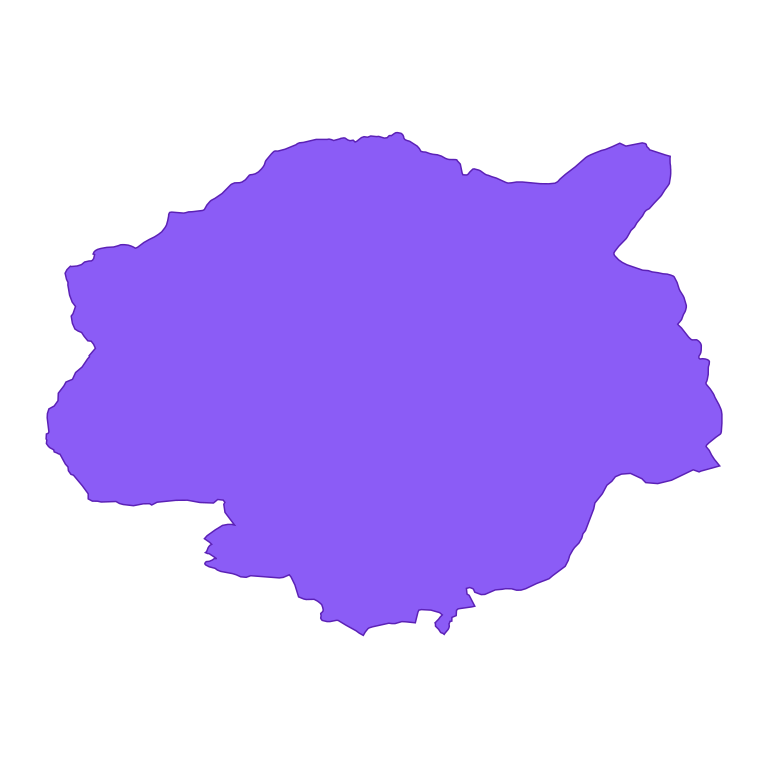 outline of Horea, Alba, Romania
{"feature_id": "2599482B7023814920704", "entity_name": "Horea", "entity_type": "district", "adm_level": 2, "iso_a3": "ROU", "parent_name": "Romania", "parent_adm1": "Alba", "projection": "equal_earth", "projection_center": [22.952, 46.518], "detail": "fine", "context": "isolated", "style": "filled", "palette": "violet", "viewbox_px": 768, "rotation_deg": 0, "n_neighbors": 0, "source": "geoboundaries", "source_scale": "gbopen_adm2", "svg_char_len": 6062}
<svg xmlns="http://www.w3.org/2000/svg" viewBox="0 0 768 768"><path d="M719.7,465.9L714.4,459.4L711.6,455.1L709.2,450.3L706.1,446.6L706.3,445.7L706.7,445.0L709.1,442.7L716.3,436.9L720.3,434.1L720.8,433.5L721.3,431.8L721.9,423.3L721.9,414.3L721.4,410.8L720.9,409.2L718.9,404.6L714.9,397.3L714.0,395.0L713.2,393.5L710.3,389.1L706.3,384.3L706.0,383.4L706.0,382.6L706.8,381.1L707.3,379.3L708.2,374.6L708.3,368.0L708.4,366.8L709.2,364.1L709.4,361.6L709.0,360.8L708.5,360.3L707.3,359.6L705.3,359.0L702.5,358.7L700.4,359.0L699.5,358.7L699.1,358.3L698.8,357.1L699.0,356.1L700.4,353.7L700.9,352.2L701.2,350.0L701.3,345.7L701.0,344.3L700.3,342.9L698.7,341.1L696.7,339.8L692.2,339.9L690.9,339.3L688.6,337.1L681.5,328.0L678.7,325.4L677.7,324.2L679.9,321.7L681.6,319.5L683.4,314.6L685.1,311.6L685.7,309.9L686.3,307.3L686.3,305.4L684.0,297.6L683.0,295.6L680.1,291.0L679.1,288.9L677.1,282.5L674.2,276.9L673.3,276.1L670.8,275.1L667.2,274.1L663.1,273.8L657.9,272.7L652.1,271.9L648.2,270.6L642.7,270.2L627.0,264.8L622.4,262.5L618.6,259.8L614.6,255.6L614.0,254.3L613.9,253.0L614.7,251.5L618.7,246.3L626.1,238.7L627.2,237.1L631.0,230.4L634.5,227.0L636.9,222.8L642.5,215.9L644.7,211.9L646.3,210.2L649.3,208.6L654.2,203.1L660.2,196.8L661.4,195.4L664.9,189.8L667.6,186.2L669.3,183.6L670.5,176.2L670.7,173.7L670.7,169.1L670.6,168.7L670.5,165.8L670.1,163.3L670.0,158.7L670.2,156.3L665.5,155.0L649.6,149.8L648.7,148.4L646.8,146.6L646.2,144.3L645.0,143.5L642.2,142.9L625.9,146.1L619.8,143.2L612.2,146.7L605.3,149.5L601.4,150.5L595.5,152.8L590.7,154.8L587.5,156.4L585.6,157.7L575.3,166.8L565.5,174.3L560.0,179.1L557.7,181.7L555.0,183.2L548.7,183.8L540.4,183.7L522.2,182.0L516.7,182.0L511.6,182.8L508.0,183.1L505.8,182.4L496.4,178.1L491.8,176.7L488.5,175.4L486.2,174.8L484.5,173.8L480.5,170.9L478.8,170.1L474.2,168.9L472.8,169.1L469.9,171.9L467.9,174.4L466.7,175.0L462.9,174.8L462.1,172.9L460.3,164.1L457.4,160.9L456.8,159.9L455.5,159.6L449.4,159.5L447.7,159.2L445.5,158.4L441.4,156.1L437.4,154.8L433.0,154.3L429.9,153.6L425.7,152.1L423.0,151.9L420.9,151.3L419.3,148.5L417.2,146.1L409.7,141.3L407.0,140.5L405.3,139.8L404.5,139.1L403.8,137.9L403.6,136.6L403.0,135.2L402.2,134.2L401.0,133.3L397.5,132.6L395.9,132.7L394.5,133.4L391.3,135.7L390.1,135.5L389.1,135.7L387.2,137.7L384.4,138.1L378.7,136.4L376.6,136.6L370.7,136.0L367.7,137.2L364.0,136.7L361.4,137.6L356.6,141.4L355.1,142.0L353.2,140.2L350.0,140.7L347.7,139.9L345.1,138.1L343.9,137.9L340.7,138.4L340.0,138.8L333.7,140.5L331.4,139.6L329.0,139.1L327.2,139.4L316.2,139.4L303.5,142.4L299.5,142.8L297.3,143.7L296.1,144.7L285.1,149.2L277.9,151.1L275.2,151.0L274.2,151.3L273.2,152.1L271.4,153.9L266.4,159.9L265.5,161.2L264.4,164.7L263.4,166.5L261.6,168.8L258.5,171.9L255.3,173.8L252.6,174.5L250.2,174.8L249.3,175.2L245.4,179.8L242.1,182.0L239.8,182.7L234.6,182.9L231.9,184.0L230.7,184.8L222.1,193.5L214.9,198.4L211.3,200.3L210.1,201.3L206.9,205.0L204.4,209.5L203.5,210.1L202.4,210.5L192.4,211.7L188.5,211.9L185.7,212.7L183.7,213.1L171.8,212.1L169.8,212.4L169.2,213.2L168.7,214.5L168.6,216.1L167.7,220.7L166.5,225.0L165.1,227.5L161.7,231.9L158.1,234.6L154.5,236.9L149.2,239.5L143.9,242.5L137.4,247.4L135.3,248.2L133.5,247.1L131.0,246.0L128.1,245.1L124.4,244.7L122.0,244.7L120.6,244.8L118.3,245.7L113.6,247.0L106.7,247.4L100.7,248.5L97.6,249.4L95.4,250.6L94.1,251.9L93.1,254.0L94.6,254.5L93.7,258.5L92.5,260.2L91.3,260.9L89.0,261.0L84.6,262.0L81.5,264.6L77.1,266.0L71.4,266.5L70.4,266.2L67.0,269.6L65.1,273.2L66.5,279.3L68.0,282.4L67.9,285.1L69.6,295.2L72.2,302.1L75.5,306.5L73.0,313.7L71.2,316.1L72.4,323.3L74.9,329.0L78.0,331.0L81.6,332.5L84.1,336.3L87.8,340.8L91.2,341.2L93.6,344.3L95.4,348.3L89.1,355.7L89.5,356.8L87.7,358.7L82.1,367.0L75.6,372.5L72.5,379.3L66.0,382.0L63.9,385.9L58.3,393.2L58.0,400.7L54.2,406.0L48.9,408.9L47.4,413.6L47.2,417.8L48.9,431.9L48.2,433.3L46.4,434.0L46.1,438.9L46.8,440.0L46.4,443.6L48.5,446.5L50.0,447.8L53.7,449.8L54.2,451.9L56.6,452.8L58.6,453.9L60.0,454.2L65.4,464.1L68.0,467.0L68.4,470.7L70.9,474.3L73.5,475.2L82.2,485.6L88.2,493.8L88.2,498.9L92.3,501.1L97.5,501.2L101.2,502.0L116.0,501.5L119.5,503.5L123.2,504.5L133.5,505.7L143.3,503.8L149.6,503.7L151.7,505.0L157.1,502.2L176.0,500.3L187.4,500.2L200.0,502.5L213.5,503.0L217.7,499.5L223.2,500.1L224.9,502.3L223.8,504.3L225.0,512.4L234.5,525.0L231.7,524.4L227.9,524.4L222.5,525.4L215.2,529.9L207.1,535.7L204.4,538.7L209.5,542.2L211.7,544.3L210.0,545.3L209.1,546.3L208.2,547.6L206.6,551.6L205.4,552.6L207.8,553.6L209.1,553.6L216.7,558.7L214.4,558.5L212.4,560.0L209.4,561.3L206.3,561.6L205.3,562.5L204.8,563.8L205.6,564.9L209.2,566.8L215.0,568.3L217.3,570.0L220.7,571.4L232.5,573.6L236.3,574.8L240.7,576.8L246.2,577.3L250.7,575.7L279.2,577.9L283.2,577.4L289.3,574.8L291.1,577.1L294.9,584.9L298.6,596.9L303.8,599.0L306.2,599.5L314.1,599.3L317.5,601.1L319.6,602.7L321.7,604.6L322.7,607.4L323.2,609.8L323.0,611.0L322.6,611.7L320.8,613.4L320.7,613.8L321.1,615.7L320.7,618.1L321.4,619.5L322.2,620.4L327.1,621.6L329.9,621.6L336.5,620.3L338.1,620.4L346.0,625.2L356.1,630.8L359.2,633.1L363.3,635.4L365.2,632.1L368.0,628.6L369.3,627.8L372.6,626.8L388.8,623.2L392.0,623.6L395.0,623.6L401.8,621.6L405.8,621.8L415.3,622.8L417.9,612.3L418.8,610.2L421.3,609.6L430.9,610.1L439.6,612.6L442.3,614.9L440.3,616.9L438.6,619.2L435.0,622.9L435.4,623.3L435.5,626.2L438.6,629.3L440.5,632.2L441.2,632.8L442.8,633.3L444.2,634.4L444.9,633.3L448.1,629.5L448.9,627.9L449.3,626.2L449.0,623.8L449.7,622.5L449.9,621.4L451.8,621.1L451.9,617.4L456.2,615.6L456.5,610.3L458.2,608.8L471.7,606.9L474.8,606.2L469.2,595.4L467.0,594.0L466.4,588.4L469.8,587.5L472.7,588.6L473.5,589.3L474.8,592.2L481.2,594.6L484.9,594.4L495.3,589.9L502.0,589.3L505.5,588.7L511.6,588.8L516.6,590.2L521.0,590.1L525.7,588.7L536.6,583.5L549.1,578.7L552.6,575.7L565.2,566.3L568.3,560.3L569.7,555.5L572.8,550.0L574.5,547.6L578.9,543.1L581.8,538.0L582.9,533.8L585.5,530.5L593.7,508.9L594.9,503.0L602.3,493.8L606.9,485.2L611.8,481.3L615.4,476.7L621.5,474.1L630.5,473.4L641.9,478.7L645.7,482.6L657.7,483.6L671.6,480.2L693.2,469.8L699.1,471.9L700.9,471.1L719.7,465.9Z" fill="#8b5cf6" stroke="#5b21b6" stroke-width="1.5"/></svg>